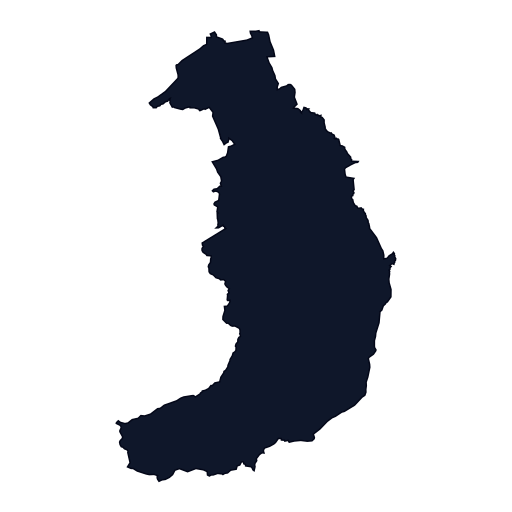 the district of Calatele, Cluj, Romania
{"feature_id": "2599482B49338530714290", "entity_name": "Calatele", "entity_type": "district", "adm_level": 2, "iso_a3": "ROU", "parent_name": "Romania", "parent_adm1": "Cluj", "projection": "mercator", "projection_center": [23.02, 46.749], "detail": "fine", "context": "isolated", "style": "filled", "palette": "ink", "viewbox_px": 512, "rotation_deg": 0, "n_neighbors": 0, "source": "geoboundaries", "source_scale": "gbopen_adm2", "svg_char_len": 6072}
<svg xmlns="http://www.w3.org/2000/svg" viewBox="0 0 512 512"><path d="M264.0,453.0L263.4,451.0L263.6,449.7L264.6,448.0L269.6,446.3L273.9,443.9L275.5,442.5L278.4,438.4L281.2,438.5L281.4,440.0L284.5,440.2L284.8,441.1L288.1,440.4L289.2,442.2L294.2,441.0L300.8,440.4L307.3,441.2L312.0,440.8L314.1,438.8L314.4,437.6L313.3,434.1L319.9,429.0L327.2,421.4L332.1,417.7L335.4,416.3L341.7,412.1L344.3,411.4L354.6,405.1L362.1,397.1L364.8,395.3L365.9,392.2L365.8,389.4L366.3,385.7L366.1,382.2L367.8,377.0L369.8,367.3L369.6,364.3L368.3,358.6L369.0,357.3L373.4,354.2L375.8,350.7L375.9,349.7L374.7,347.9L374.4,346.4L374.4,340.6L375.5,336.4L375.8,333.0L379.0,322.8L380.0,311.7L381.8,310.1L383.3,305.8L385.3,304.0L386.3,302.3L387.3,302.0L390.9,296.9L391.0,289.5L389.1,282.8L388.8,279.1L389.6,273.8L389.3,273.0L389.7,271.4L389.0,270.1L389.9,269.4L390.0,267.7L391.1,266.5L389.7,265.6L391.9,263.6L393.9,264.3L394.1,263.1L394.7,262.3L394.6,261.0L395.4,260.5L395.7,258.6L394.7,256.9L394.8,255.5L394.1,254.5L394.4,253.6L393.4,252.3L392.5,253.7L389.1,255.8L387.2,258.3L383.7,258.9L383.8,255.2L382.8,250.8L381.3,248.5L376.5,237.7L369.4,228.2L369.6,227.5L368.8,223.6L367.8,221.9L368.2,221.3L367.9,220.2L366.1,217.5L366.1,215.9L365.5,215.0L365.3,213.4L364.4,212.7L363.2,210.2L363.4,209.3L362.1,209.0L361.2,207.9L358.7,208.3L357.7,208.0L356.8,206.2L355.2,205.7L353.3,202.6L352.7,199.6L351.6,198.7L351.4,196.2L352.8,195.6L352.8,194.1L353.7,193.6L353.9,192.5L352.9,191.0L354.1,189.7L353.1,179.6L353.9,178.4L346.0,177.1L345.1,174.3L344.5,169.2L345.4,167.8L350.5,164.9L355.2,162.6L357.7,162.3L358.2,161.5L351.4,161.2L351.6,159.5L350.3,158.4L350.7,157.2L347.4,153.5L346.7,151.8L345.2,149.8L344.6,148.3L344.7,147.3L342.2,145.9L340.2,145.6L338.7,139.5L338.1,139.0L337.2,139.2L336.5,138.3L335.2,138.9L334.2,138.4L334.9,137.5L334.1,135.1L332.0,134.1L331.2,132.9L330.6,133.1L327.9,131.9L326.5,130.6L324.9,128.1L325.2,127.3L324.1,122.8L324.1,119.9L322.2,117.5L320.8,117.2L320.9,115.4L319.3,116.0L318.6,115.2L318.0,115.5L317.1,114.5L316.7,115.0L315.4,114.8L314.7,113.1L310.7,112.6L308.2,109.7L308.8,109.0L307.6,108.8L306.7,109.4L306.0,107.9L304.0,107.4L303.0,110.4L301.3,112.3L301.4,112.9L300.7,112.3L300.2,110.5L297.8,108.6L293.4,108.2L293.9,107.2L297.0,104.2L294.3,97.2L295.0,92.5L294.7,89.3L291.3,85.1L290.1,84.5L288.2,84.6L286.7,85.9L281.3,87.4L279.7,88.9L277.2,89.7L277.2,87.0L278.3,83.5L275.4,78.9L274.9,75.6L272.6,70.5L271.9,67.7L269.1,63.0L266.9,56.8L274.7,56.4L273.5,50.2L270.0,41.7L268.6,34.9L267.5,32.3L259.3,31.9L259.0,30.7L255.6,31.3L250.2,31.3L250.5,33.2L251.8,35.6L252.4,37.9L247.0,40.1L227.2,43.5L224.9,43.0L225.1,41.2L223.3,40.7L223.0,39.5L222.1,38.9L216.4,36.9L216.4,34.8L214.5,32.0L210.3,34.0L211.3,36.2L210.9,37.5L206.8,37.4L206.7,44.4L203.6,45.7L199.8,49.0L182.2,60.5L178.1,64.6L176.5,64.9L176.1,65.5L176.3,68.0L178.1,74.8L178.2,77.4L177.7,78.6L165.5,91.5L157.7,97.1L154.0,98.9L149.3,103.0L150.4,104.8L152.8,106.6L153.2,107.7L156.2,107.7L157.3,106.3L159.8,105.8L160.9,104.3L163.0,103.9L165.5,101.7L167.6,101.2L169.4,98.7L170.3,98.3L169.6,100.2L170.2,101.3L169.9,102.8L172.3,107.1L173.2,106.7L174.4,107.5L180.5,109.1L182.7,109.5L185.2,108.0L189.8,106.8L190.0,107.8L194.4,107.8L198.8,109.1L199.6,110.6L200.1,110.6L204.2,108.7L205.1,109.3L209.2,107.3L213.1,112.4L212.6,116.1L218.3,129.1L220.7,137.9L220.5,138.4L222.6,141.4L224.1,144.6L226.7,142.6L227.9,142.3L228.8,139.4L228.8,138.2L232.1,140.5L234.8,144.3L231.0,146.2L228.5,146.8L227.6,152.9L226.2,156.4L224.4,157.3L223.2,157.3L218.1,160.3L212.3,161.8L216.6,169.0L217.7,172.2L220.8,176.6L221.5,180.6L221.2,182.0L220.4,183.2L221.4,186.2L219.8,186.2L217.2,188.7L214.0,189.2L212.4,190.8L213.4,191.8L215.3,191.1L217.4,191.5L219.1,192.8L219.5,194.1L218.8,199.8L218.4,200.6L215.0,202.2L214.0,203.9L214.3,204.9L217.3,206.6L217.7,207.4L217.0,211.7L217.9,212.9L217.2,213.0L217.4,218.7L217.7,218.8L218.3,223.9L217.9,224.1L218.0,226.2L216.2,227.9L218.6,227.8L223.0,225.1L223.3,226.2L224.5,226.6L224.8,227.9L225.8,228.5L202.2,243.0L202.5,245.2L203.5,246.3L202.1,248.3L202.0,249.4L202.1,250.6L203.1,252.3L206.1,254.3L206.9,255.5L211.0,255.8L211.3,257.2L210.7,258.9L210.5,262.4L208.7,265.0L208.3,266.8L208.9,268.0L209.1,271.8L210.3,273.6L213.3,274.9L216.0,277.7L219.4,278.7L220.6,279.9L223.7,279.6L225.6,281.3L224.9,283.9L225.5,285.1L226.8,286.8L229.3,288.7L228.1,290.5L229.0,292.9L227.4,294.3L227.6,295.4L227.2,299.9L227.9,300.6L229.9,300.2L230.0,301.4L229.5,303.0L227.3,306.2L224.4,306.4L224.9,310.4L223.0,316.5L222.9,319.5L226.6,323.2L228.3,323.2L230.6,325.4L232.2,326.1L235.0,326.0L239.3,328.3L240.0,329.9L240.1,332.6L239.7,333.9L240.3,334.7L240.4,336.5L238.9,337.4L237.9,339.3L237.8,342.0L236.2,343.7L235.6,345.4L235.5,346.4L236.3,347.6L235.9,349.1L236.2,350.1L234.8,351.9L233.1,353.0L232.3,355.8L230.1,359.4L230.1,360.4L228.0,365.3L227.9,366.8L225.6,370.4L224.0,371.4L223.8,372.8L220.9,377.2L219.7,381.9L214.9,382.9L212.2,385.7L211.0,385.5L208.7,388.5L205.3,390.3L202.3,391.0L202.0,392.0L200.5,393.0L200.1,393.9L195.3,397.0L193.6,395.6L192.4,395.6L183.7,397.0L180.7,398.2L176.7,400.8L164.3,405.2L160.2,408.4L157.6,408.7L150.6,414.1L144.6,416.0L140.9,415.6L138.2,418.3L132.2,419.6L128.0,423.0L124.9,423.6L120.4,422.4L118.3,420.8L116.5,422.6L116.3,423.4L120.0,425.2L121.1,426.6L121.1,428.1L119.9,430.6L119.9,431.7L122.7,436.9L122.2,438.6L120.2,440.7L119.6,442.1L120.1,444.6L121.3,446.7L123.0,447.2L124.5,448.8L127.0,449.7L128.2,451.5L127.8,452.5L130.1,462.7L127.5,466.9L131.0,468.4L133.2,468.5L137.2,471.0L146.1,473.9L149.3,474.6L154.1,474.4L157.7,475.6L157.2,476.6L157.2,477.9L157.6,479.2L159.0,481.3L161.9,479.9L165.3,479.4L169.3,477.4L172.6,474.6L174.9,470.2L179.4,468.6L187.6,471.7L195.9,468.5L203.4,469.8L207.2,471.6L207.5,475.0L209.4,476.0L211.0,475.0L213.3,474.9L217.6,473.4L222.1,473.9L222.9,474.5L224.7,473.4L227.6,472.9L230.6,470.2L236.2,469.2L237.1,465.9L239.8,465.0L241.3,462.0L242.8,461.7L243.6,462.3L243.8,463.8L245.5,464.4L245.6,465.9L250.8,466.7L251.9,467.5L253.0,469.9L254.1,470.7L255.0,466.7L254.7,465.0L254.9,463.5L256.7,460.7L256.3,458.7L259.4,454.6L261.9,452.8L264.0,453.0Z" fill="#0f172a" stroke="#020617" stroke-width="1.5"/></svg>